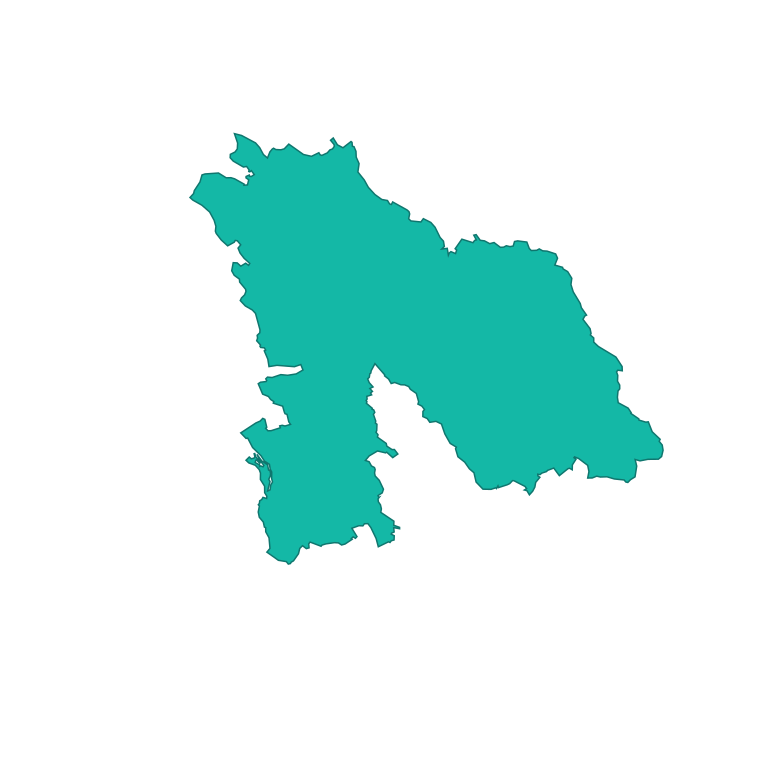 the district of Hida, Salaj, Romania, rotated 35°
{"feature_id": "2599482B84392497603638", "entity_name": "Hida", "entity_type": "district", "adm_level": 2, "iso_a3": "ROU", "parent_name": "Romania", "parent_adm1": "Salaj", "projection": "natural_earth1", "projection_center": [23.327, 47.064], "detail": "fine", "context": "isolated", "style": "filled", "palette": "teal", "viewbox_px": 768, "rotation_deg": 35, "n_neighbors": 0, "source": "geoboundaries", "source_scale": "gbopen_adm2", "svg_char_len": 6170}
<svg xmlns="http://www.w3.org/2000/svg" viewBox="0 0 768 768"><g transform="rotate(35 384 384)"><path d="M408.9,586.4L410.3,584.8L410.2,583.1L411.3,580.8L411.3,572.1L409.3,567.0L410.0,563.2L414.8,563.4L416.6,561.2L414.0,558.1L414.1,555.9L425.5,553.0L425.6,551.5L428.1,548.3L434.4,542.4L437.8,540.3L441.6,540.2L443.9,537.4L447.0,529.5L445.9,529.4L446.4,526.9L449.1,526.8L449.4,524.5L440.4,520.6L444.7,514.5L448.1,512.3L448.1,509.7L450.9,507.6L455.5,509.1L466.2,515.1L472.7,520.6L478.2,510.7L479.8,510.4L479.9,508.2L481.7,506.0L479.4,502.4L476.0,502.9L475.7,501.9L477.2,499.4L474.3,496.1L479.8,493.6L479.0,492.5L473.0,494.1L470.8,490.7L455.0,491.0L453.5,487.8L450.4,485.0L446.9,483.7L445.0,481.5L445.1,479.4L444.7,480.0L443.1,478.8L445.0,474.2L443.9,470.5L435.3,465.6L429.5,464.4L427.3,462.3L425.8,459.1L424.1,457.9L420.7,458.3L416.4,456.2L412.6,457.3L413.1,451.4L417.1,442.6L424.8,439.5L425.3,438.3L433.4,439.3L435.5,433.4L430.1,431.7L428.2,433.1L422.0,433.3L419.9,431.4L409.1,431.3L408.2,429.0L405.1,428.1L404.8,426.4L401.3,421.0L399.4,421.0L398.5,419.1L392.7,414.9L392.7,412.5L390.4,411.1L388.6,411.5L388.3,410.6L380.6,409.9L380.2,408.3L378.8,407.8L378.8,406.0L377.0,404.0L380.1,400.0L378.1,399.0L378.8,396.7L375.0,395.8L376.7,392.7L371.2,391.4L367.7,389.2L368.1,386.9L366.5,383.7L366.9,382.6L365.9,380.5L364.9,372.5L379.3,376.1L379.8,377.0L384.9,377.3L389.6,379.5L391.9,376.6L398.4,374.9L401.3,372.9L405.7,371.9L408.6,373.2L415.9,373.2L422.6,378.7L423.3,381.0L427.7,380.4L431.8,381.7L431.6,384.1L434.5,388.4L439.2,387.5L443.5,389.1L448.0,384.8L454.0,383.8L462.5,390.0L472.3,394.7L479.5,394.2L479.7,396.0L486.3,401.2L494.9,401.7L502.6,404.5L508.6,405.1L515.7,411.5L525.4,413.4L532.1,408.9L535.1,404.9L536.1,405.1L535.8,402.1L537.2,403.2L542.8,395.8L544.1,393.5L544.7,389.4L545.9,388.7L558.3,387.0L560.8,387.9L559.8,390.3L562.3,389.4L566.7,391.4L567.3,386.6L566.7,381.9L564.7,377.6L565.2,371.0L562.7,371.0L561.7,369.7L563.7,368.8L564.5,366.3L567.3,362.6L567.6,360.8L571.3,355.5L580.2,358.5L583.3,347.8L584.3,346.6L587.4,346.3L584.7,342.2L584.4,335.5L581.9,335.4L581.9,334.4L586.2,333.4L597.5,333.8L602.1,338.2L604.8,344.2L608.5,341.5L611.1,337.5L614.6,336.1L619.9,332.1L627.1,329.7L635.7,324.9L638.3,325.6L640.2,324.8L640.8,321.0L642.9,316.1L638.1,306.3L633.0,301.8L637.8,300.1L643.4,294.3L651.9,288.2L653.0,284.2L650.6,278.2L646.9,274.4L642.3,273.1L641.9,270.9L631.1,269.3L622.2,263.4L620.3,265.1L613.6,267.3L612.7,266.4L603.0,266.5L602.9,265.7L597.8,263.7L586.6,265.0L582.8,261.0L579.7,255.5L579.9,252.8L577.7,249.7L573.7,247.8L570.5,242.8L567.5,240.7L567.6,238.6L571.6,236.5L569.0,233.1L558.5,228.9L538.1,230.3L531.8,229.4L529.4,226.0L524.9,225.5L524.6,223.8L521.1,220.5L509.9,216.9L509.5,213.1L510.4,211.4L501.9,208.3L498.6,205.5L486.2,200.0L480.1,195.3L477.2,189.7L470.0,186.6L464.7,187.0L463.3,186.0L455.7,188.6L454.0,181.4L450.0,179.0L441.4,181.6L437.6,183.9L433.7,184.3L432.4,186.9L428.1,190.2L425.3,189.7L419.6,185.8L411.4,190.1L409.2,192.4L410.7,196.9L408.4,199.2L404.9,200.6L403.5,203.3L400.9,205.3L393.0,205.0L390.1,208.4L384.2,209.1L380.4,211.1L373.8,208.8L372.2,210.6L377.0,213.0L375.9,214.4L375.8,217.2L364.7,220.7L364.7,232.4L366.6,232.5L367.8,236.1L362.9,237.2L362.3,239.4L362.8,241.5L358.0,236.6L353.9,240.3L354.5,236.7L350.8,232.9L345.9,231.8L335.9,226.3L329.7,224.8L321.4,226.0L321.3,230.1L312.5,235.0L309.4,234.5L307.5,230.0L305.6,228.5L303.2,228.2L286.7,229.9L287.1,232.7L285.3,233.3L281.6,231.7L276.4,234.1L267.9,234.0L258.4,231.9L250.8,228.2L241.0,225.3L237.2,217.8L231.1,214.1L227.6,209.5L223.3,206.8L221.8,207.4L219.2,204.4L217.9,204.3L214.9,214.0L208.7,214.8L201.3,211.6L200.4,215.0L205.8,216.5L207.0,217.9L207.0,221.0L205.4,223.3L205.0,227.2L202.0,232.4L200.2,232.9L198.0,231.9L194.0,239.1L186.4,242.2L168.4,242.1L167.4,248.6L165.2,251.3L160.9,254.0L158.3,254.2L157.7,255.6L157.4,259.3L158.9,265.7L153.6,265.2L146.6,261.7L140.5,260.2L124.8,262.1L117.9,264.7L125.9,270.6L129.0,275.6L128.9,279.4L126.4,284.0L128.2,286.9L132.7,287.9L144.4,286.9L146.7,284.6L150.7,286.0L151.3,287.5L152.4,287.2L153.0,285.3L157.6,286.9L156.3,290.1L154.8,291.0L153.8,290.1L152.0,293.1L152.7,294.3L156.0,294.3L158.0,299.2L155.3,301.5L154.8,300.5L144.0,301.6L140.3,302.8L136.5,305.6L127.4,306.1L116.9,314.6L115.0,317.1L117.4,324.1L117.7,334.4L118.8,337.2L118.1,342.5L121.9,343.0L132.2,342.0L142.5,343.1L150.9,347.3L155.9,351.3L158.2,355.5L160.2,356.9L168.1,359.4L176.7,360.5L180.0,353.7L179.8,351.7L181.7,350.8L186.8,352.2L186.5,356.4L191.0,359.3L197.4,361.3L204.9,362.2L205.0,364.5L201.4,364.4L199.1,369.6L194.3,369.0L190.9,371.1L194.3,378.6L199.0,380.9L205.4,381.0L207.3,383.3L216.3,385.8L217.8,387.3L218.7,390.9L217.9,395.3L218.4,398.1L225.6,399.6L233.7,398.9L238.3,399.9L251.4,410.8L252.9,413.3L252.2,416.9L254.1,418.9L254.9,421.6L260.5,422.9L260.7,424.2L262.0,424.8L265.3,423.0L267.6,424.1L266.9,425.5L274.6,430.3L279.8,435.7L285.6,430.1L300.7,421.2L304.7,415.8L309.6,419.0L306.3,426.1L300.1,432.1L294.1,435.5L288.7,442.8L284.6,445.2L284.2,447.6L285.9,448.4L286.0,449.6L281.8,453.4L280.8,455.9L290.4,461.9L296.5,460.5L300.0,461.7L303.8,461.6L304.3,463.2L313.7,460.3L318.5,464.2L320.0,465.1L322.0,464.5L327.7,469.6L330.6,470.7L327.0,475.2L324.3,476.2L322.6,478.1L324.2,479.3L318.3,487.0L315.8,488.9L312.5,488.2L312.8,486.7L306.7,481.3L304.4,481.7L303.8,485.4L301.4,489.4L294.7,506.2L302.2,507.7L303.4,506.5L312.8,511.4L324.4,513.3L330.3,515.7L336.2,515.5L339.6,519.0L342.5,520.5L346.2,525.9L348.9,528.2L349.2,531.8L351.4,536.0L350.0,538.4L346.6,529.3L344.2,528.1L343.7,524.7L342.4,522.3L340.1,520.2L338.8,520.7L335.0,517.0L327.9,517.1L320.2,514.5L325.8,517.6L332.3,519.6L332.4,521.2L330.0,521.8L329.4,523.0L328.4,521.7L323.5,522.2L322.7,519.9L323.2,519.3L327.7,520.2L327.6,519.3L320.8,517.2L318.0,515.1L317.6,515.6L320.0,517.7L320.0,519.4L318.1,521.4L315.5,521.1L314.7,525.6L318.5,526.2L325.2,524.4L330.9,525.7L333.9,527.8L337.5,533.1L344.8,536.2L348.6,541.5L352.4,543.1L353.5,545.1L349.9,546.3L350.1,548.8L349.2,551.0L350.4,553.3L350.3,555.0L351.9,555.4L354.4,561.0L358.3,564.7L364.3,566.3L368.1,569.8L369.4,569.5L371.9,572.9L378.0,575.9L384.9,584.1L384.5,588.9L398.6,589.0L405.9,585.5L408.9,586.4Z" fill="#14b8a6" stroke="#0f766e" stroke-width="1.5"/></g></svg>